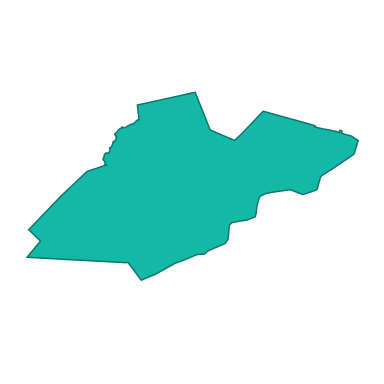 Praxedis G. Guerrero, Chihuahua, Mexico (Natural Earth projection), rotated 102°
{"feature_id": "50627088B15467303172714", "entity_name": "Praxedis G. Guerrero", "entity_type": "district", "adm_level": 2, "iso_a3": "MEX", "parent_name": "Mexico", "parent_adm1": "Chihuahua", "projection": "natural_earth1", "projection_center": [-105.952, 31.249], "detail": "fine", "context": "isolated", "style": "filled", "palette": "teal", "viewbox_px": 384, "rotation_deg": 102, "n_neighbors": 0, "source": "geoboundaries", "source_scale": "gbopen_adm2", "svg_char_len": 4581}
<svg xmlns="http://www.w3.org/2000/svg" viewBox="0 0 384 384"><g transform="rotate(102 192 192)"><path d="M288.8,223.3L284.1,216.7L282.4,214.2L280.8,211.5L265.1,193.6L264.5,192.5L263.3,190.6L260.3,185.9L252.2,174.1L251.8,172.8L251.4,171.5L250.6,168.8L250.3,167.5L249.6,166.5L248.1,165.4L247.4,165.0L246.5,164.4L246.1,163.8L245.5,163.1L243.0,159.5L242.0,158.1L241.5,157.4L237.9,152.3L235.7,149.1L235.4,148.9L231.5,147.2L230.8,147.0L230.3,147.0L229.7,147.0L226.5,147.4L222.2,147.9L219.0,148.3L217.4,148.5L216.8,148.5L216.1,148.4L213.7,146.5L213.2,145.7L212.0,142.7L207.8,132.0L207.4,131.3L205.0,127.9L204.4,127.2L204.0,125.9L203.7,125.4L203.0,125.0L200.1,124.8L199.5,124.8L191.8,125.6L190.9,125.5L184.1,125.0L183.1,124.9L182.2,124.5L181.7,124.0L179.3,121.0L177.9,119.2L177.6,118.5L175.7,113.7L169.5,96.9L169.3,95.9L169.6,94.5L171.2,85.1L171.5,83.8L171.1,82.4L164.5,71.2L163.9,70.7L162.9,70.1L151.6,69.5L151.5,69.4L150.2,69.2L149.1,68.6L141.1,60.5L141.0,60.1L140.2,59.5L128.9,48.6L124.1,44.1L121.7,41.8L120.5,41.3L119.5,41.2L117.1,41.0L107.2,40.1L106.6,41.4L106.5,41.8L105.8,43.6L105.1,45.3L104.1,47.6L104.1,48.3L104.0,49.3L103.9,49.9L104.0,50.9L103.9,53.1L103.9,53.8L103.3,58.5L102.8,58.2L101.9,58.0L101.2,57.9L101.0,60.3L101.3,60.3L101.9,60.4L102.2,60.5L102.5,60.6L103.2,60.7L103.3,60.7L103.3,61.1L103.2,61.5L103.0,62.5L102.8,62.7L102.7,63.5L102.6,64.0L103.1,64.3L102.8,66.0L102.7,66.8L102.8,67.8L102.9,73.4L102.8,73.6L102.8,74.1L102.9,74.6L103.1,75.3L103.1,75.8L103.0,78.4L103.0,79.9L103.0,81.4L102.7,85.1L102.6,85.7L102.6,85.9L101.6,85.6L101.5,86.8L101.3,88.6L101.2,90.6L101.1,91.3L101.1,91.5L100.8,96.2L100.7,98.0L100.4,102.7L100.2,105.9L99.9,112.0L98.2,139.2L124.6,155.4L132.7,161.2L127.5,187.1L93.8,209.7L116.5,259.6L118.2,263.5L132.3,258.9L132.8,259.2L132.6,259.8L132.6,260.0L132.8,260.3L133.0,260.4L133.3,260.4L133.6,260.5L133.9,260.8L134.0,261.0L134.1,261.3L134.3,261.5L134.6,261.5L135.0,261.6L135.3,261.8L135.7,262.1L136.1,262.7L136.4,263.1L136.6,263.2L136.9,263.3L137.2,263.4L137.5,263.4L137.6,263.5L137.8,263.8L137.9,264.1L137.8,264.5L138.0,264.8L138.5,265.1L138.6,265.3L138.6,265.9L138.8,266.2L139.2,266.5L139.4,266.8L139.7,267.2L139.9,267.7L140.1,268.0L140.3,268.2L140.6,268.4L140.9,268.6L141.0,268.8L141.6,269.3L141.8,269.5L142.0,269.6L142.2,269.8L142.7,270.7L142.7,270.9L142.9,271.1L143.0,271.4L143.1,271.5L143.1,271.9L143.3,272.4L143.1,273.1L143.0,273.4L143.0,273.8L143.0,274.0L143.3,274.1L143.5,274.1L143.7,273.9L143.9,273.9L144.0,274.0L144.1,274.4L144.2,274.7L144.6,275.0L144.8,275.3L145.0,275.5L145.2,275.8L145.5,276.0L145.9,276.4L146.5,276.9L147.3,277.1L148.0,277.5L148.6,277.6L149.0,277.6L149.2,277.9L149.7,278.3L149.9,278.5L150.2,279.1L150.5,279.3L151.0,279.3L151.4,279.6L151.6,279.5L151.7,279.3L151.9,279.2L152.0,279.0L152.0,278.9L152.4,278.8L152.5,278.7L152.5,278.3L152.5,278.2L152.7,277.9L152.8,278.0L153.0,278.1L153.2,277.9L153.1,277.7L153.4,277.4L153.6,277.5L153.8,277.6L154.1,277.7L154.3,277.6L154.3,277.3L154.4,277.2L154.5,277.2L154.5,277.3L154.9,277.2L155.0,277.2L155.2,277.3L155.4,277.3L155.6,277.2L155.8,277.2L156.4,277.5L157.0,277.8L157.3,277.9L157.8,277.8L158.3,277.8L158.5,277.8L158.6,278.1L158.6,278.6L158.6,278.8L158.6,279.0L158.8,279.0L159.0,279.1L159.3,279.2L159.5,279.4L159.5,279.6L159.9,279.8L160.2,279.6L160.6,279.6L161.1,279.6L161.6,279.6L162.1,279.6L162.5,279.7L163.0,279.8L163.3,279.9L163.8,280.1L164.3,280.4L165.2,280.7L165.7,281.0L165.8,281.1L165.7,281.3L165.7,281.5L165.8,281.7L165.9,281.8L166.2,281.7L166.5,281.4L166.7,281.1L166.9,281.0L167.3,280.9L167.7,281.0L168.2,281.2L168.9,281.2L169.5,281.2L170.2,281.2L170.7,281.4L170.9,281.7L171.1,282.1L171.6,282.4L171.6,282.7L171.6,283.1L171.7,283.4L171.8,283.5L171.8,283.8L171.7,284.0L171.7,284.3L171.9,284.6L173.0,285.1L173.4,285.3L173.8,285.4L174.3,285.5L174.5,285.4L174.8,285.4L175.1,285.4L175.3,285.3L175.5,285.3L175.8,285.3L176.3,285.6L176.7,285.7L177.0,285.8L177.2,285.7L177.3,285.6L177.5,285.5L177.8,285.5L178.1,285.6L178.4,285.8L178.6,285.8L178.6,285.7L179.0,285.6L179.3,285.1L179.5,284.9L179.9,284.5L180.1,284.0L180.3,283.8L180.5,283.7L180.7,283.4L181.0,283.1L181.3,283.2L181.5,283.2L182.1,283.1L182.5,283.1L182.8,283.0L183.0,282.9L183.4,282.6L183.4,282.2L183.4,281.8L183.2,281.6L183.1,281.4L183.2,281.2L193.8,299.0L223.4,319.4L224.2,319.9L262.8,343.9L271.5,330.0L290.2,339.8L276.0,249.1L275.0,242.7L274.9,241.7L274.0,240.1L274.6,239.5L275.0,239.0L275.2,238.9L277.2,236.6L279.3,234.1L279.5,233.9L281.0,232.2L281.3,231.9L281.9,231.2L283.9,228.9L284.0,228.8L285.0,227.7L285.5,227.1L286.2,226.3L287.6,224.7L288.8,223.3Z" fill="#14b8a6" stroke="#0f766e" stroke-width="1.5"/></g></svg>